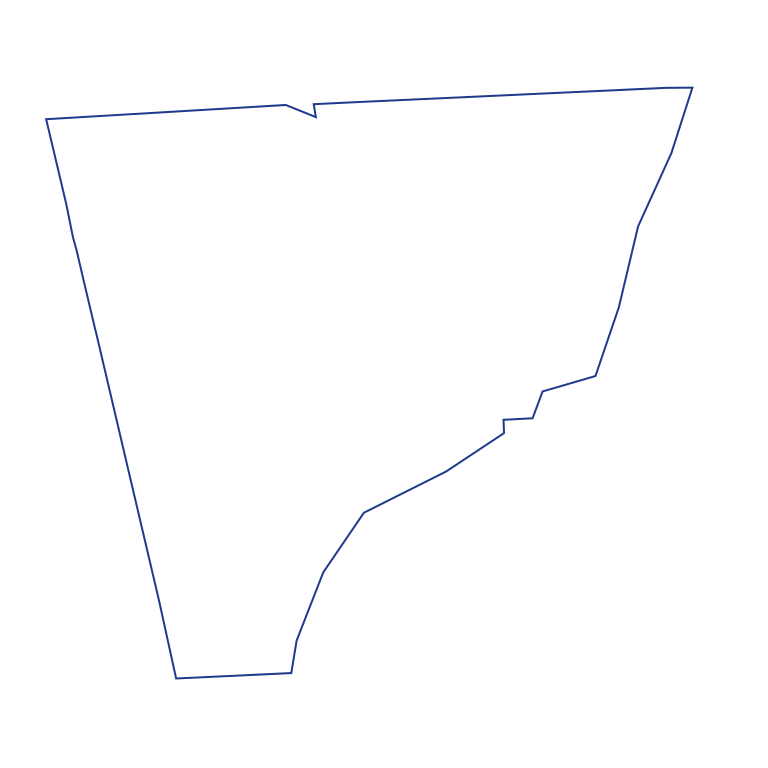 the district of Chattooga, Georgia, United States of America, rotated 357°
{"feature_id": "52423323B38567466550561", "entity_name": "Chattooga", "entity_type": "district", "adm_level": 2, "iso_a3": "USA", "parent_name": "United States of America", "parent_adm1": "Georgia", "projection": "mercator", "projection_center": [-85.362, 34.438], "detail": "fine", "context": "isolated", "style": "outline", "palette": "blue", "viewbox_px": 768, "rotation_deg": 357, "n_neighbors": 0, "source": "geoboundaries", "source_scale": "gbopen_adm2", "svg_char_len": 541}
<svg xmlns="http://www.w3.org/2000/svg" viewBox="0 0 768 768"><g transform="rotate(357 384 384)"><path d="M81.4,222.7L83.9,233.8L89.6,265.7L98.7,315.6L99.0,316.7L126.3,468.3L142.6,558.6L148.1,589.1L161.0,667.2L276.3,667.8L283.3,635.7L313.5,568.9L357.2,511.5L441.5,474.6L501.3,439.3L501.5,426.0L530.6,426.0L542.0,399.7L595.6,387.1L622.5,319.8L646.0,239.9L683.1,168.4L707.5,104.2L681.0,103.0L375.9,101.1L328.5,100.9L329.9,113.9L300.4,100.2L60.5,101.9L76.2,188.2L81.0,220.8L81.4,222.7Z" fill="none" stroke="#1e3a8a" stroke-width="2"/></g></svg>